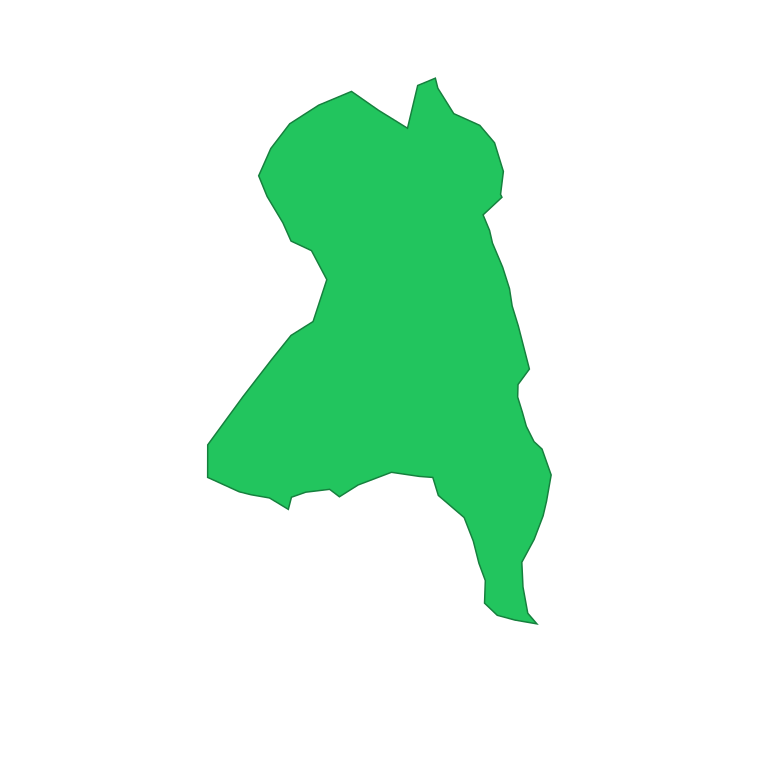 Pano Akourdaleia, Paphos, Cyprus (orthographic projection), rotated 156°
{"feature_id": "46923920B48631542853704", "entity_name": "Pano Akourdaleia", "entity_type": "district", "adm_level": 2, "iso_a3": "CYP", "parent_name": "Cyprus", "parent_adm1": "Paphos", "projection": "orthographic", "projection_center": [32.446, 34.944], "detail": "fine", "context": "isolated", "style": "filled", "palette": "green", "viewbox_px": 768, "rotation_deg": 156, "n_neighbors": 0, "source": "geoboundaries", "source_scale": "gbopen_adm2", "svg_char_len": 1035}
<svg xmlns="http://www.w3.org/2000/svg" viewBox="0 0 768 768"><g transform="rotate(156 384 384)"><path d="M200.3,506.6L200.4,509.8L188.5,529.6L184.9,559.4L191.3,581.3L210.3,602.6L214.5,632.3L212.7,642.5L231.8,643.0L258.5,608.1L277.7,636.3L294.7,664.5L330.2,665.3L364.2,660.1L391.6,645.2L407.1,631.2L413.8,625.2L414.5,602.9L410.8,572.4L410.8,552.4L396.0,535.3L393.8,502.6L423.4,469.9L449.2,466.2L476.6,452.1L518.0,429.8L569.8,400.1L583.1,370.4L560.1,344.4L550.5,336.9L535.0,326.5L522.4,308.4L514.6,318.2L499.5,317.0L489.2,313.8L476.5,309.9L470.6,299.1L448.7,302.3L413.1,300.3L389.3,285.2L377.4,278.8L379.7,260.1L365.1,229.4L366.3,204.3L370.2,181.6L371.4,163.2L381.3,142.9L374.6,126.6L360.3,115.0L341.9,102.7L345.9,116.1L339.6,142.0L330.6,165.1L310.0,181.0L292.3,198.8L283.2,210.8L268.3,232.9L266.1,260.3L270.4,270.3L271.2,287.4L269.1,301.7L267.2,317.7L261.8,329.0L245.1,338.5L237.7,382.4L235.2,403.1L230.6,420.0L228.1,442.4L227.6,468.6L225.1,481.3L224.7,498.2L200.3,506.6Z" fill="#22c55e" stroke="#15803d" stroke-width="1.5"/></g></svg>